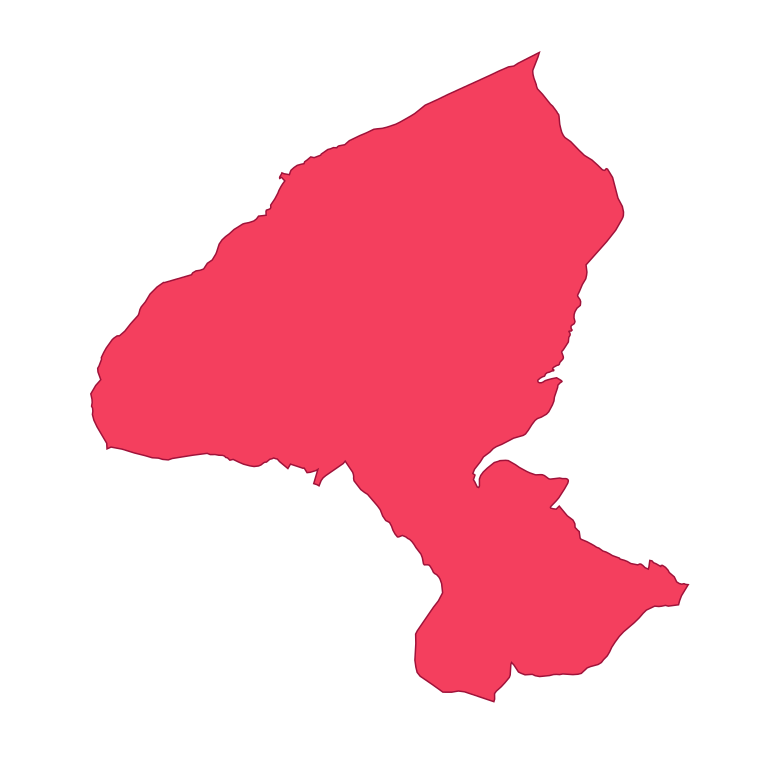 Oncesti, Maramures, Romania, rotated 87°
{"feature_id": "2599482B10269733092117", "entity_name": "Oncesti", "entity_type": "district", "adm_level": 2, "iso_a3": "ROU", "parent_name": "Romania", "parent_adm1": "Maramures", "projection": "robinson", "projection_center": [23.991, 47.848], "detail": "fine", "context": "isolated", "style": "filled", "palette": "rose", "viewbox_px": 768, "rotation_deg": 87, "n_neighbors": 0, "source": "geoboundaries", "source_scale": "gbopen_adm2", "svg_char_len": 6137}
<svg xmlns="http://www.w3.org/2000/svg" viewBox="0 0 768 768"><g transform="rotate(87 384 384)"><path d="M434.3,664.0L432.7,659.9L435.3,649.1L439.8,636.9L443.0,626.5L445.5,619.4L446.2,613.1L447.7,609.0L448.5,603.4L447.3,599.3L445.1,578.6L444.0,564.2L445.4,561.2L445.6,556.3L446.5,552.6L446.8,549.0L447.6,547.1L449.1,545.8L449.5,544.2L452.0,541.9L451.4,538.6L454.2,533.5L456.7,528.5L458.7,522.3L459.6,518.1L459.3,513.6L458.4,511.1L456.4,508.3L455.9,507.1L455.8,505.4L453.2,502.0L452.8,499.8L452.1,498.0L452.8,496.4L453.4,494.4L456.0,492.4L463.4,484.4L459.1,481.6L463.9,469.3L463.7,468.3L464.3,467.8L468.5,465.5L468.3,462.2L466.8,456.3L465.8,454.5L479.8,459.4L481.1,456.0L482.3,454.2L477.1,451.8L474.5,449.7L472.4,446.9L461.3,428.9L459.0,426.8L470.5,419.9L472.8,419.3L474.8,419.1L476.6,419.3L479.1,419.0L488.2,412.7L491.2,409.2L493.3,406.2L505.5,396.8L509.4,394.3L515.8,392.2L520.4,389.4L522.6,385.7L526.4,383.9L530.5,382.7L534.4,380.8L537.4,378.6L537.5,377.4L536.2,373.6L537.9,370.1L539.5,368.3L540.6,366.4L542.9,364.3L545.8,362.4L549.1,360.6L555.8,356.0L559.5,354.8L565.6,354.0L566.7,353.2L566.8,350.1L567.2,348.5L568.5,347.4L571.9,345.6L574.5,344.6L575.9,343.4L577.1,341.4L579.8,339.2L581.9,338.2L586.4,336.9L595.6,336.4L603.5,341.1L609.5,346.3L632.1,363.6L635.4,365.5L644.8,365.8L661.4,367.6L668.3,367.0L673.7,366.0L677.7,363.2L686.7,351.4L694.8,341.3L695.3,332.6L694.5,325.8L695.6,319.7L707.0,290.9L704.5,290.0L699.0,289.8L696.6,287.9L692.4,282.7L688.7,278.9L683.6,274.2L681.1,273.2L670.7,272.0L668.8,271.2L671.4,269.0L678.6,264.8L680.0,262.4L681.8,258.4L681.7,251.1L683.2,248.3L684.3,243.9L683.8,233.8L683.0,229.9L683.0,226.9L683.4,223.8L682.9,220.7L684.1,210.6L684.0,205.5L683.3,202.1L678.1,195.9L677.0,192.6L675.3,184.8L673.5,181.5L670.8,179.2L667.2,175.3L663.3,172.7L658.9,170.4L653.8,166.7L648.3,162.2L643.9,157.6L635.4,146.5L631.0,141.5L626.6,137.3L623.5,133.8L620.0,125.3L620.6,121.1L620.4,118.3L619.8,114.5L620.7,111.7L619.9,101.4L615.8,100.1L611.0,98.0L600.3,90.7L599.9,93.2L599.1,94.9L599.5,97.1L598.7,99.6L596.9,102.1L591.8,104.2L587.2,109.0L584.8,110.1L581.8,112.5L579.7,115.4L579.7,116.7L580.7,117.2L577.8,121.6L576.6,124.1L574.6,125.7L574.1,127.8L580.4,129.0L582.7,129.8L581.1,132.9L578.7,135.1L577.4,136.7L577.1,137.9L577.9,140.1L576.2,146.9L573.9,150.4L572.6,153.3L571.2,157.4L570.2,158.0L567.3,164.9L565.5,167.5L563.5,170.9L562.2,174.2L559.1,178.0L558.2,180.2L556.2,182.9L552.1,189.6L549.4,195.3L548.2,196.2L541.5,196.8L540.1,198.3L537.2,200.7L533.7,200.7L532.1,201.3L529.7,202.5L525.2,207.9L515.1,215.4L518.0,218.6L517.4,221.8L516.6,224.1L515.9,224.3L515.2,224.0L509.7,218.1L506.8,215.4L497.9,209.0L492.7,205.7L491.0,205.1L490.0,205.0L489.2,205.3L488.4,206.2L488.0,207.3L487.8,210.8L487.1,213.5L487.7,222.9L487.3,224.4L483.9,228.5L482.9,230.6L482.7,232.6L482.7,237.1L482.4,238.1L480.4,243.0L478.9,245.9L474.4,253.2L471.5,256.9L467.0,263.9L466.6,266.5L466.6,272.2L467.2,273.9L468.2,278.0L473.4,285.2L477.0,289.4L480.4,292.2L483.9,293.7L490.8,294.0L492.3,294.9L491.7,296.3L486.4,298.5L484.3,299.7L479.7,297.9L478.0,300.0L473.8,298.0L466.8,291.9L462.0,288.5L457.5,281.8L454.2,278.3L452.4,275.1L450.4,269.5L444.9,257.5L442.6,247.6L441.3,245.3L437.7,242.3L432.2,238.4L428.2,235.0L426.5,232.5L425.3,228.6L422.6,223.3L420.3,220.9L413.7,216.9L409.9,215.2L406.0,214.5L396.6,210.8L394.3,210.4L392.0,208.0L391.1,206.4L390.6,206.1L389.5,207.2L386.8,211.3L387.5,216.1L388.3,219.9L389.1,222.9L390.5,225.3L391.0,226.9L390.9,228.7L390.4,229.7L389.5,230.2L388.7,230.3L388.0,229.9L386.3,227.7L385.0,225.1L384.7,223.6L384.2,223.0L382.6,222.3L381.3,220.6L380.8,218.1L379.7,215.4L379.8,214.6L379.5,213.8L378.9,213.7L378.5,213.9L378.2,214.8L377.4,214.8L376.9,214.5L376.1,213.6L374.5,210.4L374.2,208.8L373.5,207.9L371.7,207.3L368.4,204.0L367.2,203.5L365.7,203.6L361.5,204.9L360.6,204.6L359.4,203.3L355.9,200.7L351.7,197.7L347.1,197.0L345.1,195.7L343.9,195.5L342.9,195.7L341.3,196.6L340.9,196.3L340.9,194.3L340.1,193.4L339.5,193.5L338.6,194.2L336.4,194.3L335.4,193.7L333.7,190.9L331.8,190.0L327.8,190.8L324.6,190.5L321.8,189.5L318.4,187.3L315.8,183.9L314.5,183.6L312.0,183.3L310.1,183.8L306.6,185.9L305.4,186.0L302.2,184.2L295.0,180.7L289.5,177.0L285.9,176.0L282.9,175.5L275.6,176.0L253.4,154.1L242.6,144.6L231.7,137.6L229.8,136.6L228.1,136.1L224.8,135.8L219.1,136.7L210.7,140.6L189.7,144.9L181.2,149.5L180.8,150.1L180.6,150.8L182.2,152.4L182.1,153.3L181.5,154.7L176.7,159.1L171.2,164.6L166.2,171.9L161.0,176.8L151.7,184.9L147.3,190.5L145.2,191.9L142.0,193.3L138.4,194.1L133.9,194.9L125.8,195.2L124.0,195.5L122.4,196.7L121.3,197.1L115.4,201.0L113.2,203.2L103.0,210.5L97.3,215.3L94.7,216.1L92.9,216.3L86.4,218.3L82.5,219.0L79.6,219.1L78.3,218.9L65.5,213.1L61.0,211.5L70.7,233.3L73.3,237.8L73.8,243.0L77.7,253.4L81.4,262.3L98.1,304.7L103.0,316.3L107.7,328.3L115.5,339.1L117.7,343.1L123.4,354.5L125.2,358.7L127.7,367.7L128.6,372.3L128.8,377.3L129.1,380.9L132.4,388.8L134.7,395.2L139.2,405.9L143.0,410.7L143.8,416.5L144.6,418.0L145.6,418.8L145.3,422.2L146.3,425.0L146.9,427.9L151.1,434.6L152.2,435.3L154.3,441.9L153.4,445.3L156.3,449.1L157.9,451.6L159.8,452.4L160.2,455.2L161.1,459.2L163.1,462.5L165.6,465.6L167.1,466.4L170.0,467.5L168.8,472.8L167.8,474.9L168.6,475.2L171.6,477.2L172.7,477.5L173.3,477.3L173.2,477.0L172.3,476.6L172.3,475.8L172.6,475.3L176.0,472.4L178.8,474.7L181.5,476.6L185.2,478.8L187.9,480.0L193.4,483.3L199.4,487.8L201.6,487.8L202.6,488.2L203.3,489.0L204.2,492.3L205.3,492.8L209.3,492.9L209.8,500.5L212.5,502.7L214.4,505.5L215.7,510.2L216.4,515.0L216.8,516.6L221.8,525.6L225.9,530.6L228.5,534.5L231.5,538.1L235.7,541.3L243.4,544.2L245.5,545.2L251.2,549.1L254.2,554.1L259.7,558.1L260.8,561.7L261.2,565.8L262.9,569.1L263.7,569.8L264.8,570.4L271.2,597.7L271.1,598.9L275.2,605.5L281.9,612.9L289.5,618.0L294.3,622.4L296.8,623.8L300.7,625.0L302.6,625.9L310.4,633.7L317.6,640.0L322.0,645.6L322.0,648.0L324.0,651.3L325.5,653.1L333.4,659.4L337.8,662.2L342.8,664.9L344.6,664.8L351.4,667.8L353.3,669.1L357.0,669.0L364.9,666.6L370.4,672.0L378.5,677.3L384.0,676.4L387.4,676.4L390.9,677.2L392.8,676.3L396.0,676.2L399.2,676.8L405.0,675.6L411.8,672.8L428.7,664.0L434.3,664.0Z" fill="#f43f5e" stroke="#9f1239" stroke-width="1.5"/></g></svg>